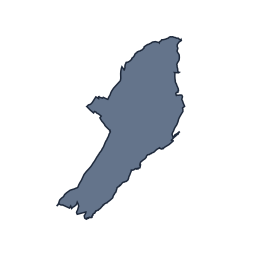 Poroina Mare, Mehedinti, Romania, rotated 120°
{"feature_id": "2599482B87873666388407", "entity_name": "Poroina Mare", "entity_type": "district", "adm_level": 2, "iso_a3": "ROU", "parent_name": "Romania", "parent_adm1": "Mehedinti", "projection": "robinson", "projection_center": [22.974, 44.493], "detail": "fine", "context": "isolated", "style": "filled", "palette": "slate", "viewbox_px": 256, "rotation_deg": 120, "n_neighbors": 0, "source": "geoboundaries", "source_scale": "gbopen_adm2", "svg_char_len": 5797}
<svg xmlns="http://www.w3.org/2000/svg" viewBox="0 0 256 256"><g transform="rotate(120 128 128)"><path d="M130.0,174.5L131.4,169.6L132.2,165.3L131.1,165.3L130.3,165.1L130.3,164.0L130.2,163.8L130.5,163.2L130.8,161.9L130.5,161.2L130.8,159.0L130.9,158.3L131.1,157.1L133.3,157.4L133.5,156.9L133.9,156.4L135.2,154.0L135.6,152.6L136.7,150.0L136.9,149.7L137.2,149.5L137.6,148.6L138.4,145.6L139.0,143.1L139.3,142.5L139.2,142.4L139.7,142.3L139.6,142.0L139.9,141.5L140.2,141.3L142.7,141.3L144.8,140.8L146.1,140.7L147.6,140.7L148.7,140.4L149.7,140.6L151.7,140.5L156.6,139.8L159.5,139.9L160.3,139.7L164.2,140.2L165.5,140.1L166.1,140.3L167.1,140.2L168.3,140.4L173.2,140.4L176.2,140.7L177.5,140.7L180.1,140.9L183.1,141.5L186.5,142.3L190.2,142.8L196.7,142.2L199.1,142.3L201.9,142.2L204.2,141.8L205.3,142.2L206.6,143.4L207.5,143.9L208.6,145.0L210.8,147.0L215.0,148.9L216.3,149.2L216.8,149.5L217.5,149.6L219.6,149.5L220.4,149.8L222.0,150.5L224.3,151.1L225.3,151.0L227.9,150.4L229.5,150.4L230.6,150.7L231.2,150.6L228.2,149.9L228.3,148.1L227.8,146.8L227.4,146.4L227.2,145.6L227.2,145.4L227.3,145.4L227.2,144.7L226.6,138.6L225.9,138.6L224.2,138.6L225.9,136.6L224.0,136.1L222.6,135.2L221.3,134.8L220.6,134.5L219.3,134.5L217.6,134.9L218.5,133.5L219.6,132.3L220.3,131.6L224.4,130.6L226.0,130.6L227.1,130.2L228.1,128.8L221.8,122.5L222.7,122.1L224.5,121.9L225.8,122.1L226.1,121.9L227.6,120.5L227.8,120.0L227.7,119.5L227.8,119.2L227.8,118.5L227.5,118.4L227.3,118.4L227.1,118.6L226.8,118.2L226.2,118.3L226.1,117.7L226.4,117.5L225.9,117.1L225.7,117.2L225.5,117.4L224.9,117.1L225.1,116.8L224.5,116.3L224.4,115.8L224.1,115.3L223.9,115.0L223.7,115.0L223.6,114.6L223.4,114.5L223.1,114.6L222.5,115.0L222.2,115.0L221.9,115.1L221.8,114.9L221.0,114.8L220.7,115.2L220.3,115.3L220.0,115.2L219.7,115.0L219.2,114.9L218.7,114.7L218.5,114.3L217.7,114.2L217.5,114.4L215.9,114.4L215.6,113.8L215.0,113.6L214.4,113.2L214.0,112.6L212.9,112.5L212.3,112.1L211.6,111.8L210.3,111.5L209.7,111.5L208.9,111.2L207.5,111.0L207.2,110.8L207.0,111.1L206.8,111.0L206.6,110.6L205.4,110.5L204.5,109.7L203.5,109.2L203.4,108.8L203.1,108.7L202.9,108.7L202.6,108.7L199.5,107.4L196.4,106.4L195.7,106.4L194.5,106.8L193.8,106.8L193.1,106.9L192.7,106.8L192.2,106.7L191.5,106.9L190.7,106.8L190.2,106.5L189.5,106.5L189.1,106.7L188.2,106.7L187.5,107.1L187.1,107.1L186.0,107.3L185.4,107.6L184.9,107.6L184.5,107.5L183.6,106.8L183.0,106.5L182.2,106.7L181.8,106.6L181.6,106.4L181.6,106.0L178.4,105.5L177.6,105.2L176.8,104.5L176.8,104.3L176.4,104.1L176.5,104.1L176.2,104.0L176.1,103.8L175.5,103.3L175.1,102.8L173.4,102.2L173.0,102.1L171.0,102.4L170.5,102.7L170.1,102.8L168.5,103.0L167.8,103.0L165.7,103.4L163.3,103.7L162.9,104.1L162.5,103.7L162.3,103.1L161.4,102.1L159.5,101.3L159.1,100.5L159.4,100.2L159.2,100.0L158.6,99.9L158.6,98.9L158.4,98.9L158.2,98.9L157.8,99.1L156.6,97.8L155.7,98.0L153.8,98.7L154.1,99.2L153.4,99.4L153.3,99.7L152.6,99.7L151.5,100.0L150.9,100.0L150.2,99.5L149.3,99.4L148.5,99.0L147.5,98.6L146.3,98.0L144.4,97.6L143.4,97.9L142.6,97.9L141.3,97.6L141.0,97.1L140.6,96.7L140.2,96.1L139.1,95.8L138.7,95.5L138.6,95.4L138.6,95.2L137.4,94.7L137.0,94.3L136.1,93.6L134.8,93.1L133.7,92.9L132.5,92.4L132.0,92.3L130.9,91.6L129.4,90.8L129.8,90.4L129.7,90.0L129.5,89.6L129.4,89.4L129.6,89.1L129.5,88.6L129.1,88.0L128.7,87.8L128.2,87.8L128.1,87.2L127.8,87.3L127.6,87.2L127.3,87.0L126.0,86.5L121.7,84.1L120.6,83.8L120.2,83.5L119.2,83.3L116.8,82.4L116.6,82.5L117.0,82.9L116.8,83.3L116.9,83.6L116.8,84.3L113.2,83.5L111.1,82.7L109.4,82.3L109.1,82.1L108.6,81.6L106.5,81.7L105.9,81.5L105.8,81.8L107.9,82.5L109.3,83.2L109.9,83.7L110.7,84.0L111.5,83.9L112.0,84.0L113.5,84.5L112.0,86.1L111.6,86.6L109.9,87.1L107.7,87.1L106.2,87.4L104.3,87.6L100.9,87.4L100.0,87.5L97.4,87.9L94.9,88.6L92.6,88.8L88.4,88.8L86.3,88.7L84.4,89.8L83.6,90.7L83.3,90.8L81.8,90.1L80.9,89.8L79.0,92.4L77.3,94.3L76.3,95.8L73.7,96.4L72.7,97.7L72.7,97.9L72.9,98.5L73.4,99.4L73.7,99.9L74.2,100.4L74.5,100.8L75.1,102.1L75.6,102.4L75.3,102.8L74.2,103.9L73.1,103.8L72.7,103.6L72.5,103.0L72.1,102.6L71.7,102.7L71.3,103.0L70.9,103.2L70.5,102.9L68.9,104.1L67.6,105.8L66.8,107.0L66.5,107.2L66.0,107.9L65.7,108.1L65.3,108.9L64.5,110.0L64.1,110.3L63.6,110.5L62.9,111.1L61.8,112.0L60.0,113.2L56.9,114.9L56.7,115.4L54.9,111.8L54.2,111.5L54.3,111.8L54.3,112.6L54.0,113.2L51.9,114.6L51.2,115.3L50.6,116.0L49.4,116.7L48.7,117.5L46.9,117.8L44.2,117.7L43.6,117.8L42.5,118.2L41.4,118.7L39.7,119.8L38.8,120.6L37.9,122.5L37.2,123.6L36.9,123.9L36.5,124.1L35.7,124.3L34.2,124.6L33.8,124.9L32.9,126.1L31.8,126.7L31.2,127.0L30.7,127.0L28.1,126.8L25.7,125.6L25.4,125.6L24.8,126.3L25.1,126.3L25.4,126.5L25.5,127.2L25.4,128.3L25.1,129.3L25.1,129.5L25.9,130.7L26.0,132.3L26.5,133.6L26.6,134.8L27.0,135.5L27.5,136.2L27.7,136.8L28.6,137.6L30.3,138.2L30.6,138.6L32.4,140.0L33.7,141.4L34.2,142.0L34.6,142.8L34.9,143.0L35.5,142.9L36.6,143.2L37.0,143.5L37.6,143.7L38.6,143.5L38.4,143.9L38.4,144.2L38.8,144.8L39.5,147.5L41.4,149.8L43.1,150.6L44.7,151.7L45.2,151.9L45.9,152.8L46.7,153.2L49.4,154.5L50.0,154.6L50.6,154.1L52.8,154.7L53.9,155.1L54.0,155.4L54.3,155.6L55.2,156.0L56.0,156.9L57.6,158.1L58.3,158.0L59.7,158.8L60.7,158.9L61.8,158.7L63.4,158.7L65.0,159.2L65.5,159.5L65.8,159.5L66.2,159.2L67.1,159.3L68.6,159.7L70.1,160.4L71.0,161.0L72.1,162.4L72.3,162.4L72.5,162.4L72.9,162.1L73.9,162.2L75.0,162.0L75.4,161.7L75.8,161.7L77.2,160.8L77.9,160.7L78.5,160.5L78.9,160.5L79.1,160.3L80.3,160.2L79.6,160.4L79.5,160.6L78.9,161.8L78.0,163.9L79.5,163.6L82.2,162.7L84.5,161.6L88.6,159.1L90.7,158.3L91.1,158.3L100.8,160.4L104.2,160.6L106.0,160.5L108.0,160.1L109.5,160.0L109.8,160.1L110.8,160.1L113.3,159.8L113.7,162.9L113.8,164.8L114.9,165.0L115.7,168.4L115.3,168.8L115.6,169.1L117.2,168.2L117.1,171.4L123.7,171.7L124.7,171.9L126.4,172.4L127.2,173.3L128.0,173.9L129.3,174.1L130.0,174.5Z" fill="#64748b" stroke="#1e293b" stroke-width="1.5"/></g></svg>